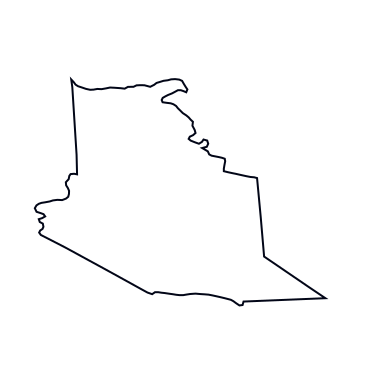 Nova Redenção, Bahia, Brazil (Equal Earth projection), rotated 101°
{"feature_id": "56859067B96538922294760", "entity_name": "Nova Redenção", "entity_type": "district", "adm_level": 2, "iso_a3": "BRA", "parent_name": "Brazil", "parent_adm1": "Bahia", "projection": "equal_earth", "projection_center": [-41.129, -12.772], "detail": "fine", "context": "isolated", "style": "outline", "palette": "ink", "viewbox_px": 384, "rotation_deg": 101, "n_neighbors": 0, "source": "geoboundaries", "source_scale": "gbopen_adm2", "svg_char_len": 2097}
<svg xmlns="http://www.w3.org/2000/svg" viewBox="0 0 384 384"><g transform="rotate(101 192 192)"><path d="M104.6,332.0L111.9,329.5L177.5,312.4L196.6,308.2L196.6,311.2L197.6,314.6L199.6,315.5L202.9,315.5L206.5,317.7L209.5,316.8L211.8,314.6L214.3,312.9L217.4,312.4L220.3,312.6L222.5,314.4L224.7,317.9L225.4,322.7L226.8,326.9L228.4,329.8L230.1,334.1L231.4,337.7L232.8,340.1L234.8,342.1L237.9,343.2L241.1,340.8L241.6,336.6L242.1,333.5L244.0,331.5L246.3,334.2L247.9,337.2L250.5,335.7L251.5,332.4L254.5,331.2L256.8,331.7L258.8,333.7L261.0,334.3L263.0,332.2L270.6,306.0L279.0,279.5L285.8,258.1L297.1,223.1L299.2,216.5L299.9,211.6L297.4,209.2L296.8,206.0L296.7,202.8L296.4,199.5L296.2,194.8L296.0,191.4L295.9,187.9L295.6,184.4L294.9,180.9L293.9,178.3L292.5,174.4L291.1,169.2L290.6,164.4L290.1,160.6L289.6,156.2L289.6,152.2L289.7,148.1L289.8,144.4L290.0,139.7L290.2,136.4L290.4,133.3L291.3,130.5L292.7,127.6L294.3,123.8L293.3,120.8L289.7,120.5L270.8,40.8L262.5,60.4L241.6,108.9L203.7,119.7L165.9,130.8L165.7,133.8L166.1,137.5L166.1,141.6L166.0,146.1L165.9,149.7L165.8,152.7L165.8,155.6L165.7,160.5L165.5,164.7L163.1,165.2L159.3,165.3L155.4,165.3L153.1,166.2L152.7,169.1L152.6,172.5L152.6,176.3L152.6,179.7L151.8,182.3L149.1,184.2L146.9,190.4L144.8,186.1L141.5,185.3L138.6,186.9L138.3,190.7L140.9,191.8L143.3,194.4L142.7,198.4L141.8,203.1L140.5,205.4L138.1,204.7L136.0,201.8L133.4,199.8L130.6,201.2L126.9,204.2L122.9,204.5L121.2,207.2L119.4,209.5L117.9,212.2L116.3,216.1L114.0,219.5L112.5,221.8L110.6,224.0L109.4,227.0L109.0,229.8L109.3,233.9L109.5,238.0L107.5,239.3L105.2,238.7L103.2,236.4L101.4,234.1L99.0,230.4L96.8,227.7L94.8,225.3L94.2,222.5L94.6,219.6L95.2,216.7L92.2,216.1L90.1,218.2L87.4,220.7L84.8,222.9L84.1,225.9L84.4,230.1L85.4,234.0L86.9,237.0L88.3,241.2L90.4,245.1L91.7,247.6L94.0,249.6L96.7,253.1L96.3,259.1L97.0,263.1L97.9,266.8L99.9,269.5L101.0,274.9L103.4,277.8L103.7,281.8L104.5,288.3L105.1,292.4L106.7,296.2L108.3,300.4L108.9,304.6L110.3,308.2L111.1,311.5L111.0,315.8L110.4,320.1L109.9,324.1L108.8,326.8L106.7,329.1L104.6,332.0Z" fill="none" stroke="#020617" stroke-width="2"/></g></svg>